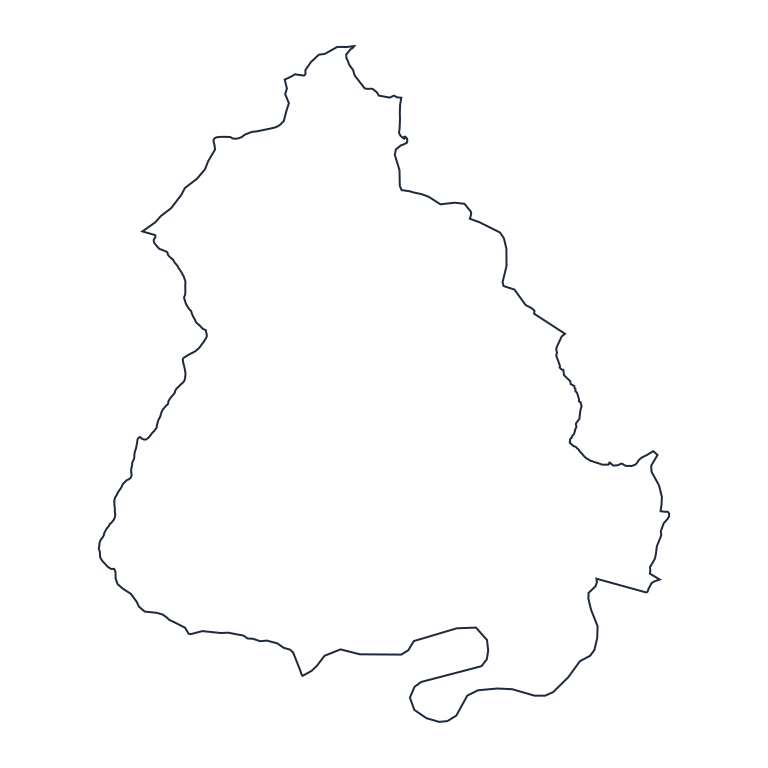 outline of Blandiana, Alba, Romania
{"feature_id": "2599482B84573671130464", "entity_name": "Blandiana", "entity_type": "district", "adm_level": 2, "iso_a3": "ROU", "parent_name": "Romania", "parent_adm1": "Alba", "projection": "natural_earth1", "projection_center": [23.346, 46.001], "detail": "fine", "context": "isolated", "style": "outline", "palette": "slate", "viewbox_px": 768, "rotation_deg": 0, "n_neighbors": 0, "source": "geoboundaries", "source_scale": "gbopen_adm2", "svg_char_len": 6092}
<svg xmlns="http://www.w3.org/2000/svg" viewBox="0 0 768 768"><path d="M659.7,579.5L649.9,573.7L650.3,571.0L650.0,567.1L654.7,559.1L655.8,554.7L656.9,546.1L660.3,537.8L661.3,535.0L660.8,532.2L661.1,530.3L663.8,523.1L667.1,519.5L668.9,516.8L669.2,513.7L668.6,512.8L668.1,512.1L667.2,511.7L665.3,511.8L660.6,511.2L660.6,510.3L661.5,505.2L661.9,497.1L659.1,485.6L655.3,478.6L651.5,471.7L651.2,465.7L657.5,455.0L653.3,451.2L646.4,455.3L645.3,455.7L643.1,457.0L641.6,457.6L639.2,459.7L638.5,460.5L636.5,463.6L635.4,464.5L633.2,465.5L631.6,466.0L629.4,465.9L628.2,466.0L625.4,465.7L623.9,464.9L622.4,463.8L621.6,463.7L620.7,463.9L617.9,465.2L613.8,465.6L612.7,465.2L609.8,462.5L609.5,462.5L609.2,462.8L609.0,464.1L608.4,464.6L602.7,464.7L601.8,464.5L598.0,463.1L594.4,462.1L592.0,461.1L590.5,460.8L587.6,458.9L586.1,458.2L583.6,455.7L582.4,454.1L580.4,452.1L578.3,449.3L576.9,448.1L576.1,447.1L575.3,446.7L573.6,446.1L570.9,443.8L569.9,443.0L569.7,442.0L570.1,441.2L570.1,439.1L571.7,437.6L572.1,436.1L573.9,434.1L575.0,430.9L574.9,430.2L576.5,426.7L575.9,424.5L576.1,423.2L579.4,418.9L579.9,414.0L580.7,408.8L581.6,406.5L580.6,402.3L579.0,401.4L579.0,399.1L577.0,392.7L575.3,391.0L575.6,389.2L574.6,388.1L574.3,386.0L570.6,384.0L570.4,381.4L564.1,375.3L563.3,369.8L561.7,369.6L559.6,367.5L560.0,366.0L556.2,355.5L557.0,352.5L556.2,349.4L556.8,346.9L561.7,336.4L565.0,333.8L534.1,313.7L534.5,310.9L532.0,308.4L525.6,305.0L514.5,289.6L503.5,286.0L502.6,282.1L506.5,266.1L506.4,248.7L503.9,238.3L500.0,232.5L479.4,222.2L469.9,218.8L471.2,213.8L471.0,211.9L464.5,203.8L454.6,202.7L440.4,204.3L428.4,196.6L421.7,194.2L413.4,192.4L409.4,191.2L401.6,190.1L399.8,185.9L399.5,170.2L394.8,154.7L395.9,149.4L401.0,145.3L403.2,144.6L406.8,142.8L407.3,141.1L407.1,138.7L405.5,136.9L405.0,136.6L404.3,136.8L404.3,137.3L404.9,138.2L404.2,138.7L403.2,138.1L400.4,135.7L399.0,132.7L399.6,128.6L400.0,119.1L399.9,115.2L399.8,113.4L400.1,104.8L401.3,97.7L396.9,97.3L394.0,95.6L389.8,97.6L378.8,95.6L376.7,92.1L372.7,89.0L371.3,88.7L367.7,88.9L364.7,88.4L354.7,75.5L353.1,70.1L349.2,64.7L347.8,60.7L346.4,58.1L346.2,54.5L350.8,49.0L352.8,47.9L354.2,46.1L346.7,47.0L337.3,46.9L324.8,53.9L318.8,54.7L310.9,62.1L305.4,70.1L305.5,74.0L304.0,75.6L294.8,74.3L292.1,76.1L284.7,79.6L286.9,88.5L285.2,94.1L288.9,103.3L286.5,110.6L285.1,115.9L283.8,121.0L280.4,124.5L278.0,126.2L274.6,127.6L268.5,129.0L262.3,130.2L257.2,131.3L251.9,131.9L245.3,134.4L241.7,137.0L238.9,138.2L235.2,138.8L232.5,138.4L230.5,137.1L227.1,136.9L220.7,136.9L216.9,137.2L215.2,137.9L213.7,139.4L213.5,141.4L214.4,144.7L214.9,148.0L215.0,149.6L208.2,161.1L205.0,169.3L196.9,178.8L184.9,188.0L181.4,194.7L171.2,208.1L160.8,216.1L155.3,222.3L142.4,231.4L154.1,234.8L155.2,235.2L155.4,235.9L155.3,237.4L154.1,239.1L153.8,239.9L153.7,241.0L154.1,242.5L154.7,243.5L157.6,247.0L158.8,248.4L160.1,249.2L161.9,249.8L164.7,250.9L166.6,251.8L167.4,252.3L167.8,254.4L168.4,255.5L170.1,257.2L173.1,259.7L174.5,262.3L177.3,265.7L177.9,266.6L178.4,267.9L180.3,270.5L181.8,272.9L182.2,273.9L183.5,275.9L185.1,280.4L185.4,281.7L185.4,283.9L185.2,285.9L185.4,288.4L185.3,289.3L185.3,290.1L185.4,291.4L185.2,294.2L184.7,295.9L184.0,297.4L185.1,301.4L186.1,304.1L187.6,306.7L188.8,308.6L189.5,309.5L190.9,310.7L191.3,311.5L191.9,313.7L192.9,316.1L195.1,320.0L195.8,321.8L196.6,322.9L199.5,325.3L202.2,328.2L203.0,328.9L206.0,330.3L206.0,331.1L206.1,331.9L206.6,334.0L206.8,335.2L206.8,336.1L206.4,337.4L206.0,338.3L204.5,340.5L203.7,342.0L201.8,344.3L199.7,347.3L197.8,349.2L195.1,351.4L192.8,352.6L190.5,353.7L187.9,355.2L185.8,356.5L184.3,357.3L183.2,358.4L182.8,359.3L182.9,360.7L183.4,363.6L184.2,366.4L184.7,368.6L185.5,373.4L185.4,375.7L185.0,378.3L184.5,380.3L183.8,381.6L182.5,383.0L180.6,384.6L178.5,386.8L176.8,388.3L175.3,390.6L174.6,393.1L172.7,395.3L170.9,397.4L168.9,400.4L168.5,401.1L168.3,401.8L168.3,402.7L168.0,403.8L167.6,404.4L165.8,406.0L163.2,409.1L162.1,410.8L161.2,413.0L160.5,415.8L159.7,417.8L159.1,418.5L158.3,420.2L157.7,422.2L157.5,423.3L156.8,425.5L156.7,427.3L156.4,428.1L155.2,429.5L154.4,430.8L152.9,432.2L151.8,433.5L150.3,435.6L149.2,436.9L147.8,438.2L146.6,439.1L146.0,439.5L145.0,439.6L143.7,439.4L142.7,439.1L141.7,438.5L140.8,437.6L140.2,437.2L139.8,437.0L139.3,437.3L138.7,437.8L138.1,438.5L137.6,439.2L137.4,440.0L137.2,442.2L136.3,446.7L136.2,447.7L136.1,448.3L135.7,449.2L134.9,451.7L134.4,454.4L134.3,457.2L134.1,458.3L133.8,459.4L132.6,461.8L132.1,463.0L132.2,464.5L131.1,469.7L131.2,471.4L131.3,472.4L131.4,473.5L131.6,474.8L131.1,476.8L130.8,477.5L130.5,477.9L130.0,478.4L128.2,479.6L126.7,480.2L125.4,481.5L123.4,483.4L122.8,484.1L122.4,485.0L121.3,487.5L117.7,492.8L116.8,495.0L115.3,497.2L114.9,497.9L114.3,501.0L114.3,502.2L114.6,507.2L114.8,507.9L114.9,509.3L114.8,511.4L115.1,512.9L115.3,515.2L115.1,515.6L114.9,516.9L114.4,518.5L114.0,519.4L113.2,520.5L111.4,522.7L110.5,523.5L109.8,523.9L109.1,525.6L106.6,528.7L104.3,532.9L103.9,535.0L102.9,537.0L100.8,539.6L99.7,542.4L98.8,548.8L99.8,551.7L100.2,557.4L102.1,560.7L107.8,566.8L111.2,569.0L114.1,568.8L115.5,572.0L115.6,578.4L117.5,584.0L122.7,588.6L130.8,593.8L136.7,601.8L138.9,606.6L144.8,611.6L156.6,612.8L162.8,614.6L166.5,617.3L169.2,619.8L175.8,623.0L185.0,627.7L188.7,633.8L190.9,634.1L202.4,631.1L220.7,633.0L228.3,632.7L243.5,635.6L247.7,638.5L253.1,638.8L260.1,641.2L267.0,640.6L277.4,643.4L283.7,647.8L290.0,649.6L293.1,652.4L293.3,653.5L293.7,653.9L296.8,661.8L299.8,669.3L301.3,673.7L302.5,675.9L311.5,670.9L316.8,665.9L324.5,655.8L340.5,649.4L359.9,654.3L401.3,654.6L408.3,650.3L413.8,641.1L456.8,628.3L476.0,627.6L487.0,640.0L488.2,650.6L486.8,659.3L481.5,666.2L421.3,681.9L414.6,686.7L409.9,697.6L414.3,709.9L426.5,718.2L439.2,721.9L447.4,721.1L456.3,715.6L467.3,695.6L477.9,690.3L497.2,688.5L512.2,689.2L534.6,695.7L545.2,695.7L553.3,692.0L568.2,677.3L579.9,661.2L590.2,655.7L594.4,650.0L597.2,638.1L597.6,626.2L591.1,609.9L588.4,598.8L588.6,592.9L595.4,586.4L596.9,582.5L596.4,578.7L645.3,592.2L646.5,592.3L647.1,592.1L647.6,591.6L648.7,588.3L649.7,586.7L651.6,583.1L654.1,581.5L659.7,579.5Z" fill="none" stroke="#1e293b" stroke-width="2"/></svg>